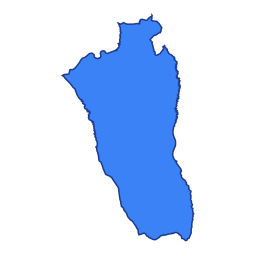 outline of Porumbacu De Jos, Sibiu, Romania
{"feature_id": "2599482B59458077641346", "entity_name": "Porumbacu De Jos", "entity_type": "district", "adm_level": 2, "iso_a3": "ROU", "parent_name": "Romania", "parent_adm1": "Sibiu", "projection": "robinson", "projection_center": [24.517, 45.696], "detail": "fine", "context": "isolated", "style": "filled", "palette": "blue", "viewbox_px": 256, "rotation_deg": 0, "n_neighbors": 0, "source": "geoboundaries", "source_scale": "gbopen_adm2", "svg_char_len": 5755}
<svg xmlns="http://www.w3.org/2000/svg" viewBox="0 0 256 256"><path d="M149.1,237.6L153.5,239.6L155.7,239.6L159.2,237.4L160.4,235.9L163.1,235.3L163.7,234.7L164.8,235.2L169.2,233.9L171.2,233.8L171.7,233.2L173.2,233.5L174.3,232.8L176.1,232.4L178.6,233.5L179.1,234.6L180.0,234.8L181.3,236.1L181.8,238.4L183.7,238.9L185.6,240.6L187.1,240.0L187.4,238.9L189.0,238.2L191.2,232.9L191.1,229.4L191.9,226.8L191.7,225.6L192.1,221.5L192.9,219.4L192.5,218.2L193.1,216.2L192.9,214.7L193.7,213.8L192.8,212.9L193.0,212.0L192.5,209.6L192.8,208.5L191.9,208.1L191.8,207.1L191.2,206.5L192.1,205.8L192.4,204.6L191.5,203.2L191.4,201.0L190.5,199.6L191.0,197.3L190.7,196.4L191.0,195.5L190.3,194.2L191.0,191.2L190.7,190.9L190.1,190.7L188.8,189.2L188.7,188.5L189.0,188.0L188.5,185.9L186.6,184.7L186.4,182.6L185.4,181.4L185.4,180.9L184.7,180.1L183.1,179.3L182.9,178.6L182.2,178.3L181.8,177.6L181.3,176.2L181.5,175.4L180.3,173.7L180.7,173.0L180.4,172.3L181.4,171.2L180.9,170.7L181.1,170.4L181.0,169.3L176.0,162.4L176.8,161.6L176.7,161.2L175.3,160.7L173.8,158.7L172.7,155.4L172.9,152.1L174.5,147.7L175.4,145.9L175.6,142.8L175.4,140.5L173.8,136.6L173.2,134.3L172.9,132.7L173.0,131.4L173.6,126.7L174.5,126.0L174.3,125.4L174.8,124.2L174.8,123.1L175.4,122.9L176.0,122.1L175.7,121.1L176.0,120.9L175.6,120.6L176.6,119.4L176.6,119.1L176.3,119.0L176.6,118.7L177.3,117.8L177.0,117.4L177.2,116.9L176.8,116.8L177.0,116.7L176.9,116.5L177.0,114.8L176.8,114.5L177.3,114.4L177.1,114.2L177.7,113.7L177.5,113.3L177.7,112.8L176.5,112.1L176.8,111.9L176.4,111.8L177.0,110.9L176.4,110.8L176.8,110.5L176.2,110.2L176.1,109.3L175.6,109.4L175.8,108.8L176.1,108.7L175.5,108.4L176.0,108.3L175.9,107.1L176.8,105.7L176.4,105.2L176.6,105.0L176.4,104.4L176.7,104.1L176.7,103.4L176.9,103.3L176.5,102.3L176.8,101.7L177.3,101.5L177.1,101.1L177.4,101.0L176.8,100.7L176.6,99.9L177.8,99.3L177.6,98.8L178.2,98.7L177.9,98.6L178.3,98.4L178.0,98.2L178.0,97.8L178.3,97.7L177.7,97.3L178.7,96.3L178.3,95.9L178.3,95.1L178.1,95.0L178.4,94.9L178.5,94.2L178.8,94.1L178.5,93.1L179.1,91.8L178.7,91.0L179.2,90.9L179.3,90.6L179.0,90.2L179.3,88.7L179.7,88.6L179.4,88.0L179.6,87.4L180.1,87.2L180.1,86.6L179.7,86.4L180.0,86.3L180.1,85.8L179.4,85.4L179.7,84.7L179.3,84.2L179.0,84.3L179.2,84.0L178.8,83.8L179.1,83.0L178.8,82.7L179.2,82.5L178.9,82.2L179.4,81.9L179.2,80.8L179.7,80.7L179.2,80.3L179.0,79.6L179.3,78.9L179.0,78.9L178.9,78.5L178.4,78.5L178.5,78.3L178.2,78.3L178.4,78.1L177.0,77.8L177.0,77.4L176.8,77.6L176.5,77.2L177.1,77.0L177.2,76.1L176.6,75.5L178.0,73.8L177.9,73.3L177.4,72.7L177.8,72.4L177.6,72.0L177.8,71.8L177.5,71.7L177.6,71.3L177.4,70.9L176.4,70.8L176.5,70.3L176.1,70.1L176.2,69.6L176.3,69.0L175.5,68.1L175.5,67.9L176.1,68.2L175.8,67.4L176.5,67.0L176.0,66.3L176.1,65.9L175.7,65.6L176.6,65.0L176.1,64.7L176.5,64.0L176.4,63.7L176.9,63.4L177.0,62.9L176.8,61.7L175.4,60.8L175.1,60.0L174.3,59.6L174.2,58.4L174.7,58.1L173.8,57.1L173.8,56.7L172.9,56.5L172.2,55.5L169.0,53.6L168.4,52.7L168.4,52.2L167.4,51.1L167.2,49.4L166.8,49.5L166.0,48.0L165.1,47.4L164.6,46.4L164.8,46.0L164.6,45.6L162.9,46.8L163.6,48.4L163.3,49.7L163.0,49.6L160.1,53.6L157.0,55.2L155.8,55.2L155.2,54.6L155.0,51.9L153.9,51.3L154.0,50.4L152.7,45.5L152.7,45.0L152.0,43.7L152.3,42.3L150.0,39.8L153.8,35.6L156.6,34.7L157.5,33.8L159.8,32.5L160.3,32.6L160.4,31.7L161.0,31.2L161.1,29.6L161.8,27.9L159.4,24.0L156.9,21.4L152.4,20.9L151.7,20.5L151.5,20.1L151.9,18.0L151.9,16.5L152.2,15.7L152.0,15.4L152.0,16.0L149.3,17.6L146.7,20.5L142.2,19.3L140.5,19.6L140.4,20.1L139.9,20.8L140.1,21.1L139.5,21.3L139.3,20.9L139.8,21.9L139.1,23.0L139.7,23.7L139.6,23.9L137.6,23.5L133.4,24.1L127.6,24.2L125.4,23.6L123.7,22.6L120.5,24.3L119.9,23.8L118.3,23.2L119.2,24.9L119.6,26.5L120.3,27.6L120.2,29.6L120.6,30.3L120.2,31.3L121.1,32.6L120.4,33.3L120.3,34.9L120.0,35.1L120.0,36.3L120.5,36.6L120.4,37.3L120.1,37.7L120.1,38.8L119.7,39.4L119.7,41.1L120.2,41.8L120.0,42.7L119.2,43.0L119.3,43.5L118.9,43.6L119.2,43.9L118.6,44.0L119.1,44.4L118.9,44.4L119.1,45.0L118.8,45.7L119.0,45.9L119.1,46.6L118.8,47.3L117.4,48.5L117.1,49.3L116.4,49.7L117.0,49.9L116.8,50.4L114.4,50.8L107.7,53.4L105.9,53.0L105.4,52.6L104.9,51.4L104.1,50.9L102.3,50.9L100.9,51.8L100.4,53.0L100.4,53.8L101.0,55.8L100.6,57.0L100.2,57.6L98.1,58.4L96.6,58.4L94.5,57.4L94.1,54.7L92.4,53.3L91.2,53.2L89.4,53.6L85.6,57.0L82.2,58.4L81.4,59.2L79.5,62.4L76.9,65.9L75.7,67.4L73.7,69.1L72.4,69.7L70.8,69.5L69.8,69.9L69.1,73.6L68.8,74.0L67.5,74.3L64.7,74.4L62.3,75.5L62.6,75.8L63.1,75.4L65.1,78.3L70.2,83.5L73.2,87.5L74.9,88.8L76.8,94.2L79.1,98.2L80.4,99.4L81.4,99.6L81.3,100.7L81.9,100.7L81.8,101.3L82.5,101.7L83.0,101.6L82.6,103.3L83.7,104.1L84.3,104.1L85.2,105.1L85.0,105.9L84.5,106.3L84.3,106.8L85.0,108.7L87.3,109.4L87.0,110.5L89.4,111.1L89.1,111.7L88.4,111.9L89.8,112.3L90.1,113.0L88.5,114.5L88.6,115.5L89.1,116.3L88.6,116.6L88.5,117.7L89.2,119.6L91.8,120.8L91.9,121.0L91.6,121.1L92.2,121.7L92.5,121.7L92.2,122.1L92.3,122.5L93.2,122.4L93.3,122.8L93.1,122.9L93.4,122.9L93.3,123.4L93.6,123.6L93.1,124.2L93.3,124.4L93.2,124.8L94.0,125.2L94.2,125.9L93.7,126.6L94.1,127.5L93.9,128.4L94.6,129.8L94.1,130.3L94.5,130.5L94.3,130.8L95.2,131.8L95.2,132.2L94.4,133.1L95.0,133.6L94.5,133.6L94.2,134.0L95.2,135.3L95.5,136.4L95.0,136.9L96.3,138.3L95.9,139.0L96.2,140.2L97.3,142.3L97.1,146.6L96.3,146.6L95.9,147.0L96.5,147.8L97.2,151.6L97.9,152.8L97.9,153.8L98.3,154.9L99.0,160.4L99.6,161.2L101.0,162.1L102.5,166.1L103.0,168.1L105.7,174.4L109.6,176.1L111.5,177.4L118.4,187.7L119.9,199.0L120.7,201.8L120.9,204.0L121.3,204.6L121.3,206.2L123.7,208.4L123.8,209.9L126.2,212.6L127.7,216.6L128.6,217.8L130.7,220.1L131.7,220.6L133.2,222.1L134.9,224.9L135.6,225.7L137.1,228.6L138.1,229.6L138.3,232.5L138.8,234.7L140.3,234.5L143.3,233.3L144.6,233.3L145.6,234.0L146.9,236.1L148.3,236.6L149.1,237.6Z" fill="#3b82f6" stroke="#1e3a8a" stroke-width="1.5"/></svg>